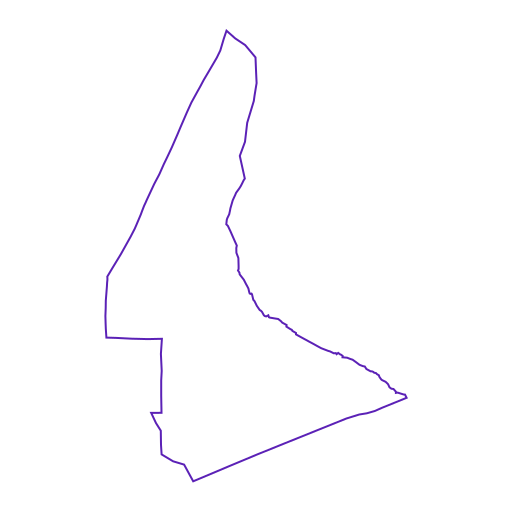 Adenta Municipal, Greater Accra, Ghana
{"feature_id": "2480657B26321648161032", "entity_name": "Adenta Municipal", "entity_type": "district", "adm_level": 2, "iso_a3": "GHA", "parent_name": "Ghana", "parent_adm1": "Greater Accra", "projection": "albers", "projection_center": [-0.12, 5.715], "detail": "fine", "context": "isolated", "style": "outline", "palette": "violet", "viewbox_px": 512, "rotation_deg": 0, "n_neighbors": 0, "source": "geoboundaries", "source_scale": "gbopen_adm2", "svg_char_len": 2547}
<svg xmlns="http://www.w3.org/2000/svg" viewBox="0 0 512 512"><path d="M314.3,344.4L312.1,343.2L308.9,341.5L306.6,340.2L304.9,339.3L301.6,337.5L296.0,334.4L296.0,333.0L292.4,330.9L291.8,329.8L290.5,329.2L286.4,326.6L286.6,325.0L282.2,322.6L281.0,321.2L278.2,319.0L275.1,318.5L269.8,317.6L268.9,317.2L268.3,315.3L266.2,316.4L264.9,316.1L263.9,315.3L262.9,313.5L262.1,312.0L261.0,310.8L259.7,310.0L256.8,305.8L254.5,301.1L253.3,299.8L252.0,294.3L251.5,293.6L250.5,293.9L249.7,293.5L249.2,292.0L248.4,288.5L246.8,285.4L246.3,284.6L243.8,279.7L239.7,274.4L239.4,272.6L238.0,270.5L238.6,269.0L238.6,266.0L238.5,262.4L238.4,258.7L238.3,257.8L236.4,252.8L236.3,248.0L236.8,245.6L234.8,241.2L233.0,237.1L230.5,231.4L227.9,225.9L226.3,224.3L226.8,219.7L227.3,218.2L229.2,214.3L230.0,210.6L230.4,208.4L232.7,200.4L233.7,198.2L235.1,195.2L236.1,192.8L237.7,190.6L239.3,188.4L240.7,186.2L242.1,183.5L243.7,180.2L244.8,178.6L239.8,155.9L245.0,141.8L247.2,122.8L253.8,101.0L254.5,95.9L256.0,86.7L256.6,83.1L256.1,72.4L255.5,57.4L245.2,45.1L235.2,38.4L229.1,33.0L226.5,30.7L223.7,39.0L220.3,50.5L216.8,57.7L208.5,71.9L203.7,80.0L200.2,86.6L197.4,91.6L191.4,102.5L186.9,112.4L180.5,127.2L177.3,134.8L171.9,147.2L169.0,153.4L167.2,157.2L163.8,164.2L159.6,173.7L158.7,175.5L155.5,181.5L154.1,184.2L146.6,200.3L145.6,202.6L144.1,205.8L142.2,210.7L140.8,214.5L136.1,225.6L134.7,228.8L130.5,236.9L120.9,254.1L112.8,267.4L107.3,276.6L107.4,278.0L107.4,279.9L107.1,282.8L107.0,284.7L106.9,286.6L105.8,300.7L105.7,308.2L105.4,316.0L105.6,323.2L105.8,328.5L106.0,331.7L106.4,337.6L116.2,337.9L131.7,338.7L135.7,338.8L136.2,338.8L147.7,339.1L161.9,338.8L160.9,353.9L161.7,370.9L161.2,380.4L161.2,381.8L161.2,393.0L161.2,395.8L161.5,412.8L154.1,412.9L151.2,412.9L156.0,423.1L160.8,430.7L161.0,444.9L161.6,454.4L173.1,461.3L184.1,464.6L193.2,481.3L228.6,466.4L257.8,454.2L259.8,453.4L284.3,443.5L346.4,418.5L359.3,414.5L366.8,413.3L374.8,411.0L382.0,407.8L406.6,397.8L405.2,395.0L405.0,394.6L403.7,394.5L397.6,392.6L395.9,392.9L395.9,391.7L393.5,389.0L391.4,388.7L389.5,387.3L388.4,384.9L387.9,384.0L385.6,381.8L382.5,380.3L381.6,379.8L380.6,378.6L379.5,377.0L379.3,376.7L378.9,375.3L376.9,374.1L376.0,373.1L374.1,372.7L373.3,371.9L371.8,371.3L370.6,371.3L369.3,370.6L366.4,369.0L364.8,366.5L362.8,366.1L359.5,364.8L356.2,362.3L352.6,359.7L350.4,359.0L347.1,357.7L342.5,357.3L342.7,356.0L341.2,354.8L340.0,354.3L338.2,352.9L336.6,354.2L335.8,353.1L333.8,353.3L330.0,351.4L328.2,350.9L321.2,348.2L316.6,345.7L314.3,344.4Z" fill="none" stroke="#5b21b6" stroke-width="2"/></svg>